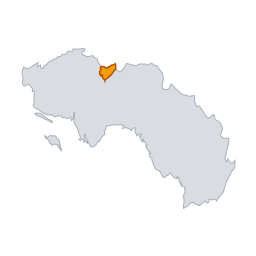 location of Torsby, Värmland, Sweden, rotated 93°
{"feature_id": "70781695B46628667043921", "entity_name": "Torsby", "entity_type": "district", "adm_level": 2, "iso_a3": "SWE", "parent_name": "Sweden", "parent_adm1": "Värmland", "projection": "robinson", "projection_center": [12.95, 60.548], "detail": "fine", "context": "in_parent", "style": "filled", "palette": "amber", "viewbox_px": 256, "rotation_deg": 93, "n_neighbors": 0, "source": "geoboundaries", "source_scale": "gbopen_adm2", "svg_char_len": 5020}
<svg xmlns="http://www.w3.org/2000/svg" viewBox="0 0 256 256"><g transform="rotate(93 128 128)"><path d="M53.7,176.0L54.7,178.0L56.9,177.8L57.8,176.2L58.9,171.8L57.5,166.8L59.4,165.1L60.7,162.3L63.6,161.5L67.6,158.4L68.0,155.2L68.9,152.9L65.5,145.9L65.3,144.1L70.4,143.2L72.5,138.6L69.0,135.6L63.6,132.7L65.5,123.7L63.2,118.9L63.5,116.8L63.2,113.7L64.5,112.4L61.9,107.7L64.5,104.5L64.1,102.9L71.5,96.5L76.4,95.3L85.5,96.3L87.7,93.7L87.7,92.3L86.9,89.1L81.7,87.2L87.2,81.4L91.5,76.0L92.3,70.8L93.2,68.5L92.1,63.4L97.9,62.8L103.1,60.7L102.3,57.9L113.5,49.4L113.8,47.8L112.9,46.4L110.1,43.7L110.9,42.5L113.9,41.8L115.3,40.7L117.5,36.6L123.6,33.4L130.5,35.5L133.3,32.0L132.9,27.0L135.4,26.5L153.7,29.6L156.7,27.8L153.6,26.8L156.5,24.8L157.4,23.6L157.6,22.1L157.4,21.3L154.8,19.5L160.5,19.3L163.7,20.1L164.0,21.2L176.8,27.1L186.7,29.4L189.7,31.1L190.8,32.9L192.4,33.0L194.3,34.7L196.3,35.7L194.8,36.9L195.1,39.6L195.6,40.9L194.8,43.2L198.1,43.8L198.7,45.2L197.1,46.6L197.5,48.2L201.9,53.1L201.0,54.6L200.8,56.6L199.1,58.1L198.9,59.6L199.4,61.5L200.0,62.5L201.9,63.1L205.3,68.3L202.2,68.7L199.8,68.0L194.4,68.6L193.0,69.4L188.7,67.3L186.3,68.5L184.6,67.5L183.4,69.2L183.2,71.5L181.2,71.3L182.0,72.2L179.3,72.5L179.2,72.9L179.8,73.4L179.0,74.1L175.3,74.4L174.8,75.1L176.0,76.0L176.0,76.6L173.5,75.8L175.3,77.4L175.7,78.7L170.8,83.6L172.6,84.9L174.2,87.8L175.7,89.1L175.2,90.4L170.0,93.6L167.3,98.6L160.7,101.8L157.3,102.7L155.1,105.0L152.4,104.3L152.4,105.6L150.6,104.8L149.3,106.9L147.0,108.6L144.3,108.3L144.0,108.6L144.9,109.1L141.8,109.5L141.0,111.4L138.8,111.9L138.4,112.4L140.7,112.6L140.3,114.0L137.7,114.8L136.8,115.7L135.6,115.7L135.8,115.0L134.1,115.0L133.5,114.2L133.2,114.4L134.5,116.8L133.6,117.8L135.3,118.7L130.6,121.1L127.7,120.2L127.4,120.9L128.0,123.0L130.6,124.6L129.1,125.6L127.6,130.4L128.8,133.3L125.5,132.7L125.8,133.7L124.8,135.0L125.3,136.9L125.0,138.1L125.8,139.2L125.3,139.8L126.0,144.9L127.0,147.2L126.7,148.9L128.1,149.9L131.0,150.1L131.9,151.6L135.5,150.7L138.2,153.6L143.2,156.1L143.0,157.7L146.2,158.8L148.1,161.0L148.9,162.9L148.7,164.1L143.9,167.2L140.2,169.3L136.4,170.6L136.6,171.1L138.5,171.3L143.2,169.8L144.6,171.2L142.1,171.8L141.6,173.6L140.5,174.8L130.2,178.9L128.9,180.2L124.3,182.3L115.9,182.1L114.7,182.5L121.9,183.4L123.7,184.9L120.3,185.9L121.9,189.5L121.0,190.4L121.0,194.4L119.8,194.5L119.3,196.1L120.0,200.1L120.7,201.3L120.4,202.4L118.5,205.1L119.3,208.4L117.1,214.3L114.6,217.7L112.7,222.3L110.6,223.9L108.0,222.9L104.1,223.5L97.1,223.3L96.2,223.8L96.7,225.4L94.2,225.2L89.8,228.7L89.6,230.4L91.5,233.8L89.3,235.9L84.5,235.4L78.2,236.7L72.6,235.7L73.3,234.5L73.7,230.1L67.2,221.2L70.2,222.1L71.5,221.6L69.6,218.7L72.2,218.5L73.0,217.5L72.5,215.8L70.4,215.1L68.5,212.4L66.6,211.0L63.2,205.8L61.9,202.1L60.8,202.5L59.7,198.3L57.9,197.7L57.5,193.5L55.6,193.0L54.3,191.1L54.1,187.4L51.8,186.9L52.1,185.2L51.4,178.8L50.7,176.7L51.3,175.3L52.6,175.1L53.7,176.0ZM151.4,195.7L150.4,196.1L149.8,197.3L148.1,197.9L148.0,201.5L149.5,202.9L148.0,203.6L147.0,205.5L144.2,206.8L143.1,208.1L142.5,209.9L140.1,210.8L141.8,208.1L139.4,205.0L139.9,203.9L139.6,200.3L144.5,195.8L146.9,195.3L147.9,195.8L148.4,194.7L149.1,194.4L151.4,195.7ZM119.6,221.2L118.4,222.0L117.9,220.9L118.0,216.6L120.7,211.5L121.9,211.1L125.1,204.3L125.5,203.8L126.7,204.2L125.9,204.9L125.9,206.1L123.9,209.7L123.3,212.1L122.6,212.7L119.6,221.2ZM152.4,194.3L152.2,195.3L150.9,194.5L152.0,193.3L154.6,193.6L152.4,194.3ZM145.5,167.7L143.9,169.4L143.6,168.7L143.9,167.9L145.5,167.7ZM142.2,176.1L141.4,176.2L142.0,175.1L143.1,174.8L142.2,176.1Z" fill="#d9dde1" stroke="#a8b0b8" stroke-width="1"/><path d="M70.1,143.4L69.9,143.4L69.6,143.5L69.2,143.5L68.6,143.5L68.0,143.4L67.7,143.4L67.0,143.4L66.3,143.6L65.9,143.7L65.5,143.8L65.1,143.8L64.5,144.0L65.3,145.4L65.7,146.0L66.0,146.4L66.0,146.9L66.1,147.4L66.3,147.8L66.4,148.3L66.7,148.7L67.3,149.1L67.6,149.3L68.0,149.8L68.1,150.4L68.3,151.0L69.0,151.5L69.2,151.8L69.3,152.3L69.3,152.9L69.3,153.6L69.1,153.8L68.7,154.4L68.3,154.7L68.0,155.0L67.9,155.4L68.0,155.8L68.2,156.7L68.4,157.0L68.3,157.4L68.0,157.9L68.8,157.9L68.9,158.1L69.1,158.7L69.5,158.6L69.8,158.6L70.5,158.5L71.1,158.4L71.4,158.4L71.9,158.3L72.4,158.6L72.6,158.9L73.0,159.2L73.3,159.3L73.9,159.4L74.2,159.3L74.5,159.1L74.8,158.9L75.1,158.8L75.3,159.0L75.7,159.1L76.1,158.8L76.2,158.6L76.6,158.2L77.1,158.2L77.3,158.0L77.4,157.8L77.3,157.6L76.9,157.3L76.6,157.0L76.5,156.3L76.7,156.1L77.0,156.2L77.4,156.4L77.6,156.5L77.8,156.3L78.3,156.2L78.6,156.0L79.0,155.9L79.3,155.8L79.5,155.6L79.8,155.2L80.1,154.9L80.4,154.7L80.8,154.4L80.9,153.9L81.2,153.8L81.7,153.5L82.1,153.4L81.8,153.3L81.4,153.2L81.0,153.0L80.6,152.9L80.1,152.5L80.0,152.2L79.9,151.9L79.7,151.7L79.1,151.0L78.8,150.7L78.5,150.4L78.4,150.2L78.2,150.1L78.0,149.9L77.8,149.7L77.7,149.4L77.6,149.2L77.3,149.1L77.0,149.0L76.8,148.8L76.6,148.4L76.4,148.0L76.0,147.7L75.7,147.4L75.1,147.1L74.5,146.8L73.8,146.3L73.0,145.8L72.0,145.1L71.2,144.7L70.7,144.3L70.4,144.1L70.3,143.6L70.1,143.4Z" fill="#f59e0b" stroke="#b45309" stroke-width="1.5"/></g></svg>